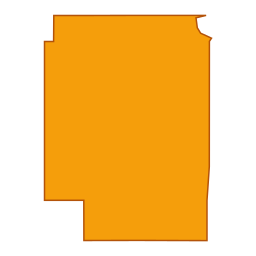 outline of Craig, Oklahoma, United States of America
{"feature_id": "52423323B42646189341736", "entity_name": "Craig", "entity_type": "district", "adm_level": 2, "iso_a3": "USA", "parent_name": "United States of America", "parent_adm1": "Oklahoma", "projection": "robinson", "projection_center": [-95.173, 36.755], "detail": "fine", "context": "isolated", "style": "filled", "palette": "amber", "viewbox_px": 256, "rotation_deg": 0, "n_neighbors": 0, "source": "geoboundaries", "source_scale": "gbopen_adm2", "svg_char_len": 460}
<svg xmlns="http://www.w3.org/2000/svg" viewBox="0 0 256 256"><path d="M44.5,200.3L83.8,200.3L83.9,240.5L138.6,240.4L207.0,240.6L207.0,200.3L209.3,166.7L209.4,41.3L211.5,38.2L200.6,33.2L197.3,27.8L196.0,17.8L206.1,15.4L204.7,15.4L197.5,15.4L194.6,15.4L190.2,15.4L181.0,15.4L162.5,15.4L149.9,15.4L148.5,15.4L141.5,15.4L134.6,15.4L86.1,15.5L84.1,15.5L82.9,15.5L53.8,15.5L53.6,41.5L44.5,41.5L44.5,200.3Z" fill="#f59e0b" stroke="#b45309" stroke-width="1.5"/></svg>